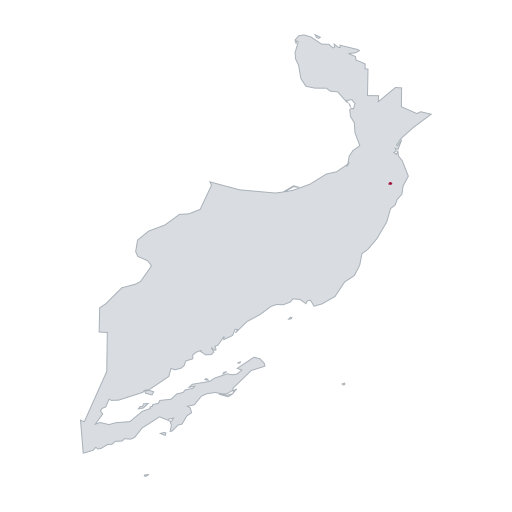 Santa María Sola, Oaxaca, Mexico (highlighted), rotated 271°
{"feature_id": "50627088B10783162199748", "entity_name": "Santa María Sola", "entity_type": "district", "adm_level": 2, "iso_a3": "MEX", "parent_name": "Mexico", "parent_adm1": "Oaxaca", "projection": "equal_earth", "projection_center": [-97.028, 16.567], "detail": "fine", "context": "in_parent", "style": "filled", "palette": "rose", "viewbox_px": 512, "rotation_deg": 271, "n_neighbors": 0, "source": "geoboundaries", "source_scale": "gbopen_adm2", "svg_char_len": 4176}
<svg xmlns="http://www.w3.org/2000/svg" viewBox="0 0 512 512"><g transform="rotate(271 256 256)"><path d="M55.8,86.7L88.9,83.4L87.2,87.2L138.0,108.8L176.9,108.7L177.3,100.5L201.5,100.6L205.5,106.5L221.9,122.4L225.7,135.9L228.6,141.1L244.3,151.7L249.4,147.7L253.5,137.8L258.3,135.6L269.8,137.3L279.1,148.3L285.3,164.2L296.3,178.8L296.9,188.0L301.7,199.4L326.0,210.3L329.3,208.6L321.9,238.3L319.3,274.1L320.4,281.9L326.8,292.3L325.5,297.9L325.9,292.2L320.6,283.4L322.2,291.5L328.7,308.6L339.2,324.9L341.6,335.1L349.0,345.5L346.9,345.2L351.2,347.7L349.8,346.2L357.6,347.5L363.1,351.1L368.1,357.9L381.1,352.8L390.8,352.0L397.2,348.0L403.9,347.2L405.3,348.8L404.8,350.9L410.3,352.3L414.0,349.0L413.0,343.7L411.1,345.0L411.6,343.9L421.5,334.9L422.1,327.6L425.0,323.4L424.9,311.7L426.6,302.9L434.2,297.8L447.6,295.2L453.5,292.2L460.0,291.5L470.9,294.5L471.8,292.6L468.9,292.5L472.6,291.2L477.0,295.0L477.9,300.2L475.9,307.2L469.0,317.9L468.9,325.1L465.4,329.4L466.1,331.0L469.2,330.4L465.9,334.9L466.0,336.7L468.2,336.2L464.2,354.2L463.1,355.8L460.8,351.7L460.1,344.9L457.1,352.0L453.8,352.5L449.9,361.8L445.1,361.7L444.8,364.7L418.3,364.7L418.4,375.7L412.4,375.6L426.9,392.5L426.6,398.7L407.8,398.7L401.2,414.3L403.1,418.2L400.8,428.6L387.1,410.9L376.2,399.1L369.5,394.5L368.7,395.7L374.9,399.7L365.3,396.2L366.0,393.3L363.4,394.5L361.8,392.0L360.1,394.7L363.3,396.0L358.5,396.7L353.7,400.6L338.5,406.9L328.7,401.9L320.4,400.8L314.8,396.1L309.3,394.2L305.8,389.7L292.3,386.1L275.6,376.7L264.8,367.9L260.2,361.9L248.9,359.9L238.3,354.8L231.6,345.1L216.9,335.7L209.3,322.9L206.8,315.0L212.8,311.2L211.9,307.9L209.2,306.8L213.3,300.8L213.8,293.7L210.7,291.2L207.7,284.1L207.9,277.6L205.9,271.9L197.5,261.0L190.2,248.0L178.8,236.8L182.1,238.9L182.4,236.4L176.2,234.0L171.8,225.2L175.1,225.5L166.2,219.5L165.0,216.6L161.5,217.7L161.0,216.3L163.7,212.9L159.2,215.5L156.7,213.0L156.3,207.2L159.7,202.1L160.8,203.1L158.7,197.8L156.0,194.5L152.1,194.6L149.8,187.6L145.1,186.0L142.5,183.0L140.8,176.8L142.1,172.9L134.0,170.9L120.4,151.4L119.7,146.7L117.7,145.3L109.5,121.2L109.1,113.9L110.2,111.5L102.5,108.4L100.8,104.5L98.3,103.2L95.4,105.5L85.1,98.3L86.8,102.9L84.9,111.9L86.9,119.1L88.2,132.8L98.6,144.9L101.7,153.1L103.3,152.7L104.0,155.2L105.6,155.4L106.9,160.8L109.9,162.4L111.3,173.6L116.7,179.2L118.3,185.5L120.9,187.6L122.5,195.1L124.7,196.9L123.6,191.3L126.6,194.5L129.8,211.8L133.2,216.8L137.7,229.3L136.8,234.5L137.7,239.2L141.7,243.8L143.3,239.2L154.7,255.6L153.4,261.7L148.6,266.3L146.0,266.8L141.4,253.2L123.3,235.2L121.6,235.4L118.0,229.8L117.4,225.9L118.8,217.5L117.5,209.5L114.9,203.8L106.1,196.9L104.6,190.1L102.8,193.0L98.1,194.3L95.0,189.7L86.7,185.0L85.6,181.0L79.6,175.3L79.1,173.3L85.6,174.4L89.4,172.7L89.3,174.5L92.5,176.4L91.5,171.8L90.0,171.6L93.5,162.4L82.1,145.2L72.4,137.7L70.7,133.9L71.0,127.6L68.7,125.5L68.2,118.4L65.2,115.3L65.0,111.0L60.9,104.4L60.3,101.3L61.9,99.2L58.9,96.5L55.8,86.7ZM119.8,151.6L118.5,156.0L115.3,154.5L116.9,147.9L118.9,147.2L119.8,151.6ZM106.6,150.7L102.1,146.0L101.1,141.1L103.4,142.7L103.8,145.4L106.2,146.1L106.6,150.7ZM475.9,316.5L474.7,315.0L475.3,312.9L478.3,311.2L475.9,316.5ZM118.0,235.4L114.8,230.7L117.2,221.3L116.3,229.8L118.0,235.4ZM77.5,169.0L75.0,168.4L76.9,163.5L77.9,167.1L77.5,169.0ZM35.7,152.8L33.7,149.6L34.2,148.2L35.0,148.3L35.7,152.8ZM120.9,235.5L122.8,239.1L118.6,235.6L120.9,235.5ZM195.4,291.4L194.9,293.0L193.8,292.3L193.4,289.7L195.4,291.4ZM139.1,225.9L139.8,228.8L137.7,225.2L139.1,225.9ZM131.5,207.1L132.7,208.3L130.8,210.9L131.5,207.1ZM130.5,346.7L129.6,347.2L128.4,346.0L129.5,344.4L130.5,346.7ZM408.5,347.3L406.2,348.0L410.2,346.4L408.5,347.3ZM149.9,242.2L148.7,241.9L148.6,239.2L149.9,242.2Z" fill="#d9dde1" stroke="#a8b0b8" stroke-width="1"/><path d="M331.4,388.5L331.3,388.4L331.2,388.4L330.9,388.3L330.9,388.2L331.0,388.2L330.9,388.2L330.7,388.1L330.7,388.3L330.8,388.4L331.0,388.5L331.0,388.8L330.8,388.9L330.6,389.0L330.5,388.9L330.5,389.0L330.4,389.1L330.2,389.2L330.3,389.7L330.4,389.8L330.5,389.8L330.7,390.0L331.2,389.6L331.1,389.4L331.3,389.4L331.3,389.5L331.4,389.4L331.5,389.4L331.5,389.2L331.5,388.8L331.5,388.7L331.4,388.5Z" fill="#f43f5e" stroke="#9f1239" stroke-width="1.5"/></g></svg>